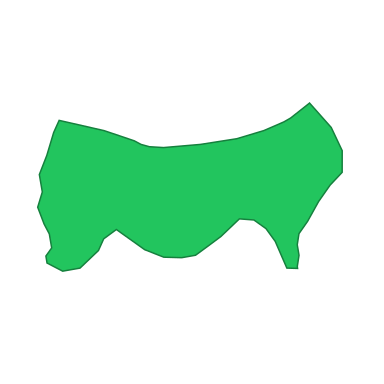 the district of Junghwa, P'yŏngyang, North Korea, rotated 170°
{"feature_id": "82179303B90038198338897", "entity_name": "Junghwa", "entity_type": "district", "adm_level": 2, "iso_a3": "PRK", "parent_name": "North Korea", "parent_adm1": "P'yŏngyang", "projection": "robinson", "projection_center": [125.791, 38.876], "detail": "fine", "context": "isolated", "style": "filled", "palette": "green", "viewbox_px": 384, "rotation_deg": 170, "n_neighbors": 0, "source": "geoboundaries", "source_scale": "gbopen_adm2", "svg_char_len": 769}
<svg xmlns="http://www.w3.org/2000/svg" viewBox="0 0 384 384"><g transform="rotate(170 192 192)"><path d="M310.4,285.6L317.9,274.6L328.6,253.3L339.3,235.7L339.4,218.0L346.6,203.8L343.2,186.1L339.8,175.5L339.9,161.3L347.0,154.3L347.1,147.2L333.1,136.5L315.5,136.5L294.3,150.6L287.1,161.2L273.0,168.2L248.6,143.4L231.1,132.7L213.5,129.1L199.5,129.1L185.3,136.1L171.2,143.2L150.0,157.3L135.9,153.7L125.5,143.1L118.6,128.9L111.8,100.6L101.3,98.4L101.2,100.5L97.6,111.1L97.5,121.8L93.9,132.4L83.3,143.0L69.0,160.6L54.8,174.8L40.7,185.3L36.9,206.6L43.7,231.4L60.8,259.2L61.1,259.0L82.1,247.7L89.3,245.1L110.6,240.0L138.8,236.7L175.4,237.4L212.3,240.7L226.1,244.0L233.9,247.7L239.9,252.4L267.9,267.7L310.4,285.6Z" fill="#22c55e" stroke="#15803d" stroke-width="1.5"/></g></svg>